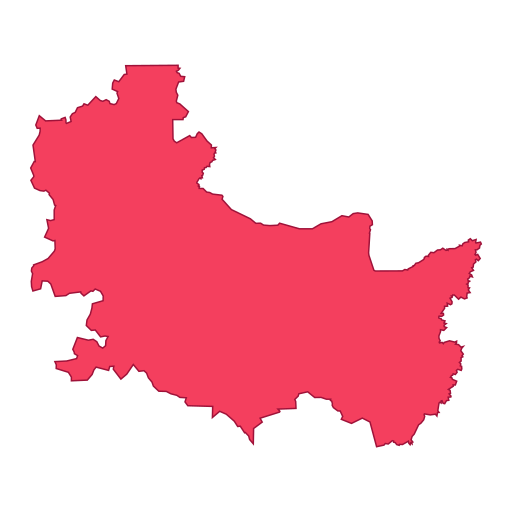 the district of Embūtes pag., Vainodes, Latvia
{"feature_id": "27541924B50643512275860", "entity_name": "Embūtes pag.", "entity_type": "district", "adm_level": 2, "iso_a3": "LVA", "parent_name": "Latvia", "parent_adm1": "Vainodes", "projection": "albers", "projection_center": [21.869, 56.513], "detail": "fine", "context": "isolated", "style": "filled", "palette": "rose", "viewbox_px": 512, "rotation_deg": 0, "n_neighbors": 0, "source": "geoboundaries", "source_scale": "gbopen_adm2", "svg_char_len": 6005}
<svg xmlns="http://www.w3.org/2000/svg" viewBox="0 0 512 512"><path d="M39.3,115.7L35.8,125.0L37.2,128.3L40.2,128.2L40.1,131.4L39.2,135.1L33.0,145.1L35.3,161.6L34.2,161.5L30.7,168.0L33.7,175.3L33.8,176.7L30.9,180.3L34.5,188.1L40.0,190.6L43.9,191.1L45.9,190.2L49.4,193.2L49.1,194.6L53.1,199.5L54.6,205.1L55.7,205.5L54.2,210.0L54.2,219.6L50.6,220.6L46.9,219.7L48.6,228.3L44.6,237.1L53.0,240.9L54.9,240.5L55.2,248.8L54.4,251.1L48.1,258.5L42.3,261.7L33.6,264.9L33.7,265.8L31.8,268.0L31.4,271.0L32.6,273.6L31.3,281.4L31.6,286.6L32.9,291.0L40.6,288.8L42.2,280.9L47.8,281.2L50.8,284.0L55.2,296.4L65.9,295.6L69.4,293.3L80.7,291.9L81.0,293.2L83.9,295.9L90.9,290.9L92.9,291.3L95.2,289.0L100.5,291.3L103.2,295.9L103.1,300.7L92.4,303.8L91.9,308.2L90.3,314.2L87.0,320.0L86.3,325.5L91.3,330.4L95.3,330.0L100.6,336.9L105.0,336.0L108.1,336.5L105.9,340.7L105.6,345.7L102.7,348.1L99.0,346.0L96.8,341.7L93.2,339.3L88.4,340.2L77.4,337.5L72.8,349.3L74.2,352.1L74.4,353.7L77.6,355.6L76.6,358.6L66.7,361.0L54.9,361.6L56.3,364.8L56.2,368.5L68.4,372.3L71.4,377.1L71.4,380.8L87.3,380.1L92.1,374.5L93.9,369.9L96.1,367.1L108.6,370.4L109.7,366.5L113.8,366.2L113.3,369.2L120.9,379.1L126.7,374.2L133.3,364.5L138.9,371.3L144.0,370.7L146.6,373.1L148.4,377.8L152.0,382.1L153.4,386.1L158.8,391.2L166.3,391.4L170.9,393.8L176.8,395.3L179.9,397.4L186.3,397.8L185.0,401.9L187.8,405.7L212.7,406.4L212.4,417.5L219.7,411.3L226.3,414.2L234.3,421.2L237.7,426.5L240.3,426.2L244.6,432.8L245.3,432.5L248.7,436.0L249.6,439.5L253.3,443.8L253.6,428.5L262.2,422.1L260.1,418.2L279.5,412.1L279.9,411.3L277.9,409.1L296.0,408.4L295.7,401.5L294.8,399.4L298.2,396.1L298.8,393.8L307.7,391.8L314.7,397.5L321.1,397.4L326.4,399.2L330.7,399.2L330.4,400.4L331.7,401.1L332.4,403.7L332.2,405.3L333.4,407.6L337.8,410.9L340.2,411.0L342.7,416.4L341.3,419.3L351.5,423.4L362.3,418.1L370.0,422.0L376.6,446.7L384.0,445.1L385.3,443.5L388.2,444.0L392.3,440.7L393.6,441.0L393.6,442.2L395.3,442.6L396.7,444.6L399.2,445.3L399.5,444.4L402.5,444.5L408.4,441.2L408.8,443.2L410.1,444.7L410.8,442.8L412.0,443.8L411.8,442.4L412.8,442.0L411.1,439.8L412.1,436.4L414.2,434.1L418.6,424.8L420.9,423.2L423.7,419.8L424.7,416.4L424.1,414.8L424.4,413.9L430.3,414.9L435.4,414.2L436.9,416.0L437.5,412.5L439.0,412.4L437.8,410.6L439.0,403.1L440.0,402.2L441.1,403.0L441.2,400.9L442.0,400.7L443.1,403.3L444.7,403.7L446.5,400.6L448.8,400.3L448.2,397.2L450.8,397.0L451.0,396.1L449.1,393.9L450.5,393.3L450.1,390.4L448.4,389.4L453.3,386.2L453.1,384.9L455.3,385.0L456.7,381.2L452.4,379.3L451.8,377.7L450.4,377.3L451.6,375.5L452.6,375.3L453.2,373.8L455.3,374.5L457.1,372.3L456.4,370.4L457.8,369.3L461.2,370.4L461.8,368.9L461.6,366.3L460.3,365.9L460.8,363.9L459.4,362.4L461.1,361.1L461.1,357.6L462.8,356.8L462.0,355.7L463.3,354.1L460.8,350.7L461.7,348.3L463.2,346.5L461.0,347.1L458.5,344.6L455.5,344.2L456.5,342.8L456.6,341.2L454.8,342.1L449.5,340.8L444.2,342.4L443.3,343.7L442.1,342.4L439.5,342.9L439.2,342.1L440.2,340.8L439.0,338.4L438.9,335.9L440.5,331.7L440.5,329.7L443.8,330.4L446.6,327.6L444.2,326.7L444.1,325.2L446.2,323.6L444.0,323.0L445.0,320.9L441.6,319.9L441.1,318.7L439.0,318.2L438.7,317.0L439.1,316.1L441.7,316.4L443.6,315.0L443.4,313.4L441.1,313.4L444.6,308.3L444.5,306.3L447.6,306.2L447.2,303.2L450.5,304.7L451.9,303.8L452.1,301.8L450.0,298.2L452.1,297.4L452.2,296.6L451.5,296.0L452.7,295.7L452.7,295.0L454.3,295.0L458.6,299.2L460.9,297.1L464.5,298.9L467.1,297.9L466.7,296.7L467.1,293.1L470.1,292.6L468.3,289.9L469.5,287.9L468.0,287.7L468.1,285.0L466.8,284.1L468.1,283.4L468.3,281.8L470.3,281.2L468.2,280.8L467.7,279.1L469.6,277.6L469.8,276.1L472.4,276.9L471.6,274.9L469.2,273.5L470.3,271.8L473.5,270.4L471.7,267.7L473.2,267.1L473.5,264.1L475.9,261.9L475.4,259.7L476.5,259.1L478.3,260.7L480.2,258.5L477.7,254.4L475.7,255.2L475.0,254.5L476.0,252.5L475.4,249.8L477.0,249.8L479.5,248.0L479.9,245.3L481.3,244.0L480.5,242.1L476.0,243.0L475.6,242.2L476.1,239.5L472.3,240.7L470.3,238.7L468.3,240.1L468.6,241.8L464.7,242.5L462.9,243.8L462.1,245.8L459.5,245.2L459.7,246.0L455.0,248.6L449.5,248.7L448.0,249.1L448.0,250.1L447.0,249.4L447.0,250.2L446.0,250.4L442.8,248.2L440.5,249.8L437.5,250.0L433.9,252.7L430.8,252.3L428.3,255.4L428.5,256.5L426.0,256.2L424.4,257.4L424.2,258.8L423.1,259.9L418.6,262.7L415.8,263.3L414.3,265.5L413.1,265.7L413.2,266.4L408.2,268.9L407.7,270.0L404.8,269.5L402.5,270.9L375.3,271.0L373.9,270.3L368.9,255.3L368.6,252.8L369.8,233.5L369.4,233.2L370.5,229.7L369.7,228.5L369.9,226.2L372.4,224.7L372.2,220.9L368.1,214.4L357.7,212.9L353.2,213.6L348.8,217.0L341.9,215.7L331.9,221.7L321.0,223.8L312.4,228.8L299.4,228.8L279.6,223.2L277.8,225.2L269.9,225.6L263.6,225.1L260.6,223.2L255.8,223.3L250.4,218.8L231.4,209.6L222.1,199.3L222.9,196.4L221.9,195.2L212.6,194.1L209.7,192.5L206.7,192.1L203.1,188.5L199.2,188.4L199.2,187.0L198.5,186.3L199.3,186.2L198.7,185.1L198.9,184.5L196.9,183.1L196.8,182.4L199.0,178.7L199.8,178.0L200.9,178.8L201.1,177.8L202.4,177.8L201.8,175.6L202.7,175.2L203.3,173.2L202.2,172.3L202.2,170.1L204.2,169.3L204.5,167.7L206.1,167.5L207.0,166.3L209.8,166.6L209.5,164.5L210.1,162.5L211.8,161.8L212.6,160.4L215.3,159.5L213.5,157.7L214.5,156.2L214.0,154.2L214.5,153.1L215.8,152.9L215.3,151.5L215.9,150.0L214.8,148.6L215.9,147.5L211.3,147.8L211.4,145.0L207.0,141.0L201.8,133.8L199.0,132.0L197.3,133.6L195.6,137.3L191.4,137.5L189.7,135.6L176.7,142.8L174.3,141.2L173.0,138.8L172.7,119.6L183.0,119.6L183.3,117.6L185.7,116.8L188.4,111.6L179.8,103.9L176.8,102.7L176.3,101.1L177.8,95.2L176.3,92.3L175.9,89.2L178.6,82.0L183.6,81.3L184.7,76.7L180.7,76.3L179.1,73.3L177.2,72.7L176.4,71.2L178.4,70.2L179.9,68.3L178.1,68.1L178.1,65.3L125.7,65.7L126.9,74.1L124.2,74.5L118.8,81.7L114.3,80.0L112.7,83.1L112.2,89.1L117.6,91.6L117.0,93.2L118.8,98.5L116.3,103.6L114.1,104.6L110.0,103.6L109.2,101.3L106.2,99.7L102.8,101.3L100.2,100.5L95.8,96.6L87.8,105.2L84.0,103.8L82.6,106.1L77.5,107.7L75.2,112.4L72.4,113.7L70.2,117.0L71.1,121.5L66.5,123.4L66.0,122.9L65.9,119.8L65.1,117.4L61.2,118.9L61.0,119.7L61.4,120.2L45.6,120.9L39.3,115.7Z" fill="#f43f5e" stroke="#9f1239" stroke-width="1.5"/></svg>